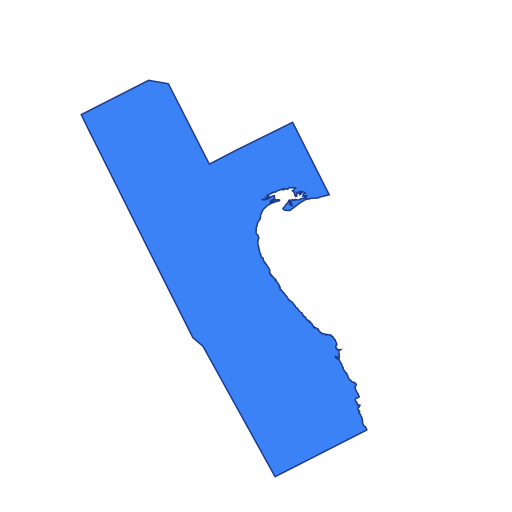 outline of San Antonio, Río Negro, Argentina, rotated 333°
{"feature_id": "61730980B19099504402623", "entity_name": "San Antonio", "entity_type": "district", "adm_level": 2, "iso_a3": "ARG", "parent_name": "Argentina", "parent_adm1": "Río Negro", "projection": "natural_earth1", "projection_center": [-65.004, -40.959], "detail": "fine", "context": "isolated", "style": "filled", "palette": "blue", "viewbox_px": 512, "rotation_deg": 333, "n_neighbors": 0, "source": "geoboundaries", "source_scale": "gbopen_adm2", "svg_char_len": 6119}
<svg xmlns="http://www.w3.org/2000/svg" viewBox="0 0 512 512"><g transform="rotate(333 256 256)"><path d="M256.1,62.8L240.1,50.7L164.5,50.7L164.2,66.5L163.2,198.2L162.7,300.2L167.8,312.4L172.8,461.3L275.8,461.3L276.0,459.6L275.8,459.0L276.0,457.8L275.2,457.0L275.0,454.3L275.3,452.8L276.0,451.8L276.2,450.2L276.7,449.7L277.0,448.3L276.8,445.6L277.1,444.8L277.0,443.8L276.7,443.2L276.3,443.0L276.3,442.6L276.4,442.1L276.7,441.8L277.7,441.7L277.7,440.7L277.3,439.4L277.6,437.9L278.8,437.0L279.1,437.4L279.4,437.4L279.8,436.9L279.8,436.5L280.8,436.2L280.1,435.5L279.5,435.6L279.4,434.8L278.9,434.3L279.3,433.3L279.1,432.6L279.4,432.1L278.8,430.9L278.9,430.3L279.2,429.2L280.4,427.9L281.6,428.5L283.7,428.5L284.1,428.2L284.3,425.4L284.0,421.6L284.6,417.9L286.3,416.8L286.4,416.4L286.9,416.1L287.0,415.3L287.0,414.8L286.2,414.5L286.2,413.2L284.7,412.3L284.4,411.6L284.0,410.0L283.3,408.7L283.0,406.3L283.5,403.6L283.0,402.9L283.4,401.5L284.1,401.3L283.2,401.2L282.9,400.9L282.6,397.3L282.4,396.9L282.5,395.7L283.0,395.3L282.8,393.5L282.9,391.9L283.3,391.4L282.9,389.0L283.1,386.1L282.9,385.7L282.3,385.6L282.1,385.1L282.4,384.3L281.9,383.9L282.3,383.4L281.4,383.7L281.1,383.5L280.8,382.1L281.2,381.3L281.8,381.8L282.0,383.0L282.6,383.3L282.5,384.7L284.0,384.5L284.5,384.0L285.0,381.8L285.4,381.6L286.3,378.9L287.1,377.8L288.2,378.0L288.7,377.9L287.8,377.6L287.6,377.2L286.8,377.3L286.4,376.4L286.2,376.3L286.1,375.6L285.9,375.3L285.6,375.3L286.0,374.7L285.7,374.5L285.6,374.1L285.9,373.0L286.4,372.1L287.1,372.3L287.6,371.9L287.8,371.5L288.2,370.1L288.3,367.3L288.5,366.5L288.0,365.5L288.0,364.8L287.8,364.4L287.9,363.6L287.7,363.4L287.8,362.7L287.5,362.0L286.9,361.9L286.8,360.5L286.6,360.0L285.0,359.4L284.5,358.8L283.0,358.4L282.9,358.1L283.2,357.8L282.4,357.5L282.0,357.6L281.7,356.7L280.7,355.7L279.7,355.4L279.5,354.1L278.9,353.8L278.5,352.8L278.5,352.3L278.0,351.7L278.0,351.1L278.2,350.9L277.9,350.3L278.4,349.8L278.3,349.3L276.9,348.2L277.1,347.7L276.5,346.9L275.8,346.8L275.1,346.1L275.2,345.5L275.6,345.4L275.3,344.1L274.9,343.8L274.7,343.2L275.1,342.1L275.1,341.5L274.6,341.0L274.4,340.1L273.8,340.1L273.8,339.8L274.4,339.4L274.1,339.1L274.3,339.0L274.3,338.8L273.7,337.9L273.3,337.8L273.2,336.9L272.7,336.9L272.8,336.4L272.5,336.2L272.3,335.6L272.3,334.3L272.4,334.0L272.1,333.5L272.1,332.6L271.7,332.3L271.8,332.0L271.3,331.4L271.1,330.5L270.7,330.4L270.8,329.6L271.2,329.1L271.0,328.7L271.1,327.6L270.2,326.6L269.4,323.5L269.1,321.5L268.8,320.5L268.2,320.1L268.0,318.9L268.3,318.0L267.8,316.6L267.5,314.2L267.0,313.3L266.2,311.4L265.8,311.0L265.8,310.4L265.6,310.0L265.0,309.7L265.2,308.2L265.1,306.5L264.8,305.9L264.9,305.1L264.5,304.5L264.1,301.6L263.6,300.6L263.6,299.1L263.2,298.8L263.1,298.4L262.8,298.2L263.0,297.1L262.7,297.0L262.7,296.6L262.4,296.3L262.8,295.8L262.8,295.1L263.1,294.9L262.8,294.7L263.2,294.3L263.0,293.5L263.4,292.9L263.1,292.3L263.4,291.5L263.2,291.0L263.2,290.0L262.9,289.6L262.7,288.7L262.9,287.1L262.8,286.4L262.5,286.4L262.8,286.1L262.8,285.2L262.3,285.0L261.9,284.1L261.7,281.9L261.4,281.4L261.2,281.4L261.2,280.9L260.8,280.2L261.1,280.1L261.0,279.6L260.7,279.3L260.9,278.9L260.4,278.5L260.2,277.9L260.7,277.6L260.3,277.3L260.5,276.6L261.5,275.6L261.9,274.5L261.4,268.1L261.0,267.1L261.0,266.4L261.3,266.0L260.6,265.4L260.6,264.7L260.9,263.0L260.8,261.8L261.2,261.4L261.3,260.8L260.5,260.2L260.4,259.1L260.6,257.4L261.1,256.0L260.9,255.1L261.0,254.5L261.6,252.4L261.9,252.0L261.9,250.4L262.4,249.6L262.5,248.5L263.1,246.3L263.5,245.3L265.1,242.8L266.1,241.7L266.7,241.4L266.9,240.8L266.7,239.4L267.2,238.3L266.8,237.9L266.4,236.0L267.1,234.2L267.7,233.7L268.4,232.3L268.8,231.1L270.9,229.3L270.9,228.9L271.3,228.4L273.5,226.4L276.5,225.0L277.0,224.5L278.6,221.7L281.8,219.0L283.8,217.7L289.1,216.2L291.5,216.1L294.6,216.1L297.4,216.4L301.7,217.4L302.4,217.0L302.2,216.5L301.6,216.1L301.2,216.1L300.7,215.6L299.2,215.2L298.9,214.6L298.5,214.5L297.0,214.8L295.1,214.6L293.4,214.8L293.0,214.5L293.5,213.9L294.1,213.5L295.3,213.4L296.5,213.6L298.9,213.0L299.2,212.5L299.2,211.3L299.8,210.5L299.7,210.4L297.4,210.0L296.0,210.0L294.9,210.4L291.3,210.4L288.4,209.6L287.2,208.5L287.4,208.4L288.4,208.8L288.9,209.5L290.1,209.6L291.5,210.0L292.3,209.6L291.1,208.6L291.1,208.2L292.4,209.3L293.5,209.3L293.4,209.0L293.6,208.9L294.2,208.9L294.0,208.7L294.0,208.2L294.6,208.1L294.7,207.8L294.5,207.5L293.5,207.8L293.2,207.2L293.8,206.9L297.5,207.2L298.4,207.0L298.6,207.2L299.5,207.2L300.2,207.0L302.6,207.9L304.2,207.6L306.9,207.9L307.7,208.1L310.6,208.2L310.7,208.9L310.4,209.1L310.2,209.4L310.6,209.5L312.0,209.2L312.4,209.7L313.4,209.8L314.6,211.0L316.3,210.0L317.1,210.1L317.8,211.1L320.0,211.8L321.7,212.7L322.2,213.5L320.5,213.6L319.5,214.3L318.0,214.6L318.6,216.0L319.3,216.7L318.7,217.5L318.8,218.0L318.5,218.5L318.6,219.4L318.2,219.6L318.6,220.0L318.3,220.7L318.5,220.9L319.5,221.2L320.1,219.9L320.8,219.2L321.3,219.1L321.4,218.6L321.1,218.4L321.3,218.2L321.9,218.6L322.3,218.3L322.9,218.3L323.0,218.9L322.9,219.8L324.6,218.4L325.7,218.8L326.3,219.9L326.3,220.3L326.8,220.1L327.4,220.4L328.5,222.2L328.1,222.4L326.5,222.2L325.9,222.6L326.0,223.2L325.3,223.7L326.0,223.7L326.1,223.9L325.9,224.3L326.3,224.2L326.6,224.7L327.2,224.7L328.4,225.3L328.1,225.4L326.9,225.1L326.0,225.8L326.0,226.0L326.6,226.0L327.4,226.7L327.4,226.8L327.2,226.9L322.1,225.4L320.3,225.5L318.8,225.2L316.8,223.5L316.3,223.9L316.1,223.6L315.7,223.4L314.9,223.7L314.7,223.6L314.7,222.9L314.2,222.4L313.1,222.4L312.4,222.0L311.3,222.6L311.5,223.3L311.9,223.4L312.1,223.9L311.4,225.2L311.3,227.6L310.9,227.7L310.3,226.6L311.0,225.9L310.1,225.7L309.7,226.1L309.2,225.5L309.6,225.0L310.3,224.9L310.0,224.6L310.1,224.0L310.4,223.9L310.4,223.5L310.9,223.2L311.0,222.1L311.5,221.7L310.9,221.3L310.6,221.4L308.7,222.9L306.6,223.5L304.3,224.8L301.6,225.9L301.7,227.0L302.7,228.4L303.9,229.3L306.2,230.5L307.4,230.8L318.9,228.7L324.8,228.2L327.3,228.6L329.0,229.2L331.8,229.8L337.5,232.4L340.8,232.7L349.0,234.7L349.3,153.5L286.0,152.7L256.1,153.0L256.1,62.8ZM323.5,221.5L325.3,220.3L325.1,219.7L324.3,219.7L324.1,220.2L323.4,220.9L323.1,221.4L323.5,221.5Z" fill="#3b82f6" stroke="#1e3a8a" stroke-width="1.5"/></g></svg>